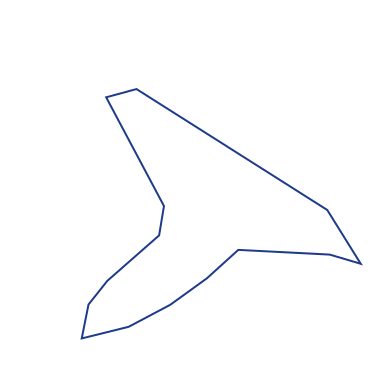 an SVG outline of The Snares, rotated 75°
{"feature_id": "NZL-5480", "entity_name": "The Snares", "entity_type": "state/province", "adm_level": 1, "iso_a3": "NZL", "parent_name": "New Zealand", "parent_adm1": "", "projection": "natural_earth1", "projection_center": [166.619, -48.028], "detail": "fine", "context": "isolated", "style": "outline", "palette": "blue", "viewbox_px": 384, "rotation_deg": 75, "n_neighbors": 0, "source": "natural_earth", "source_scale": "10m", "svg_char_len": 339}
<svg xmlns="http://www.w3.org/2000/svg" viewBox="0 0 384 384"><g transform="rotate(75 192 192)"><path d="M305.0,47.6L288.1,75.2L259.9,162.3L279.2,199.9L295.3,242.2L305.8,288.0L304.9,336.4L273.9,321.1L255.9,296.8L225.4,235.0L198.3,222.7L78.3,250.4L78.2,219.0L244.4,66.0L305.0,47.6Z" fill="none" stroke="#1e3a8a" stroke-width="2"/></g></svg>